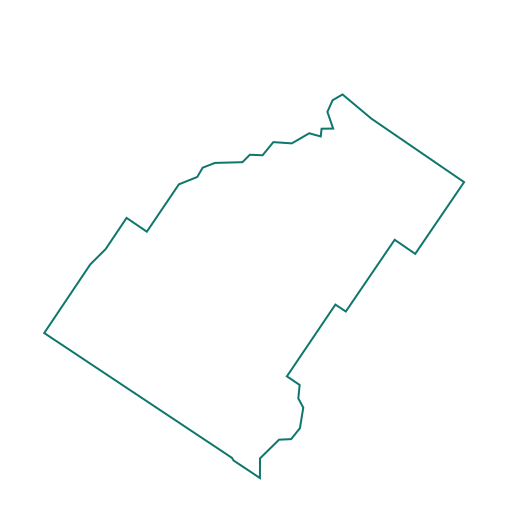 Madison, Idaho, United States of America, rotated 124°
{"feature_id": "52423323B1812504540998", "entity_name": "Madison", "entity_type": "district", "adm_level": 2, "iso_a3": "USA", "parent_name": "United States of America", "parent_adm1": "Idaho", "projection": "orthographic", "projection_center": [-111.697, 43.776], "detail": "fine", "context": "isolated", "style": "outline", "palette": "teal", "viewbox_px": 512, "rotation_deg": 124, "n_neighbors": 0, "source": "geoboundaries", "source_scale": "gbopen_adm2", "svg_char_len": 629}
<svg xmlns="http://www.w3.org/2000/svg" viewBox="0 0 512 512"><g transform="rotate(124 256 256)"><path d="M437.9,128.6L421.5,139.5L395.4,134.2L388.2,124.5L374.2,123.3L355.3,132.0L350.4,141.3L338.5,147.7L338.5,163.1L251.9,163.0L251.8,150.5L165.0,150.1L165.2,125.2L78.4,124.8L77.6,237.2L73.7,274.6L84.0,279.6L96.6,277.4L107.2,263.3L113.8,272.8L120.7,269.2L124.5,280.5L142.6,289.3L151.9,305.3L168.8,306.9L175.5,317.7L185.8,319.7L201.8,342.1L212.6,349.6L223.3,348.9L239.7,360.0L296.9,360.1L296.8,384.6L334.3,384.5L355.7,388.7L438.3,388.5L436.8,163.2L438.1,160.1L437.9,128.6Z" fill="none" stroke="#0f766e" stroke-width="2"/></g></svg>